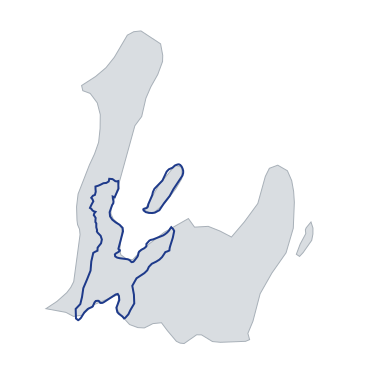 where Ouest sits in Haiti, rotated 99°
{"feature_id": "HTI-1388", "entity_name": "Ouest", "entity_type": "Department", "adm_level": 1, "iso_a3": "HTI", "parent_name": "Haiti", "parent_adm1": "", "projection": "robinson", "projection_center": [-72.52, 18.618], "detail": "fine", "context": "in_parent", "style": "outline", "palette": "blue", "viewbox_px": 384, "rotation_deg": 99, "n_neighbors": 0, "source": "natural_earth", "source_scale": "10m", "svg_char_len": 3850}
<svg xmlns="http://www.w3.org/2000/svg" viewBox="0 0 384 384"><g transform="rotate(99 192 192)"><path d="M328.8,112.0L331.1,115.7L336.0,140.4L336.5,148.4L331.6,160.3L332.3,165.1L342.9,176.1L343.1,180.1L341.9,184.1L332.8,194.6L325.9,201.7L328.1,210.0L333.7,217.8L334.4,224.3L332.7,232.9L324.1,243.6L319.6,247.5L306.7,248.0L305.3,249.5L311.7,260.0L319.0,271.8L330.8,281.0L333.4,289.6L330.6,297.8L330.1,318.0L321.1,308.2L311.1,300.0L305.2,296.8L299.0,294.8L251.6,295.9L246.3,297.3L242.2,299.9L237.8,301.2L224.7,303.7L211.8,304.2L181.5,297.6L169.6,294.2L157.5,292.0L143.7,292.7L129.9,294.7L118.8,299.5L110.6,307.9L109.0,315.7L104.1,317.7L93.0,305.3L82.7,296.4L71.1,289.8L47.2,280.4L42.8,274.6L40.9,267.6L50.6,246.2L61.6,242.3L67.7,241.5L81.3,244.2L94.5,249.1L106.6,252.2L125.3,253.5L135.5,258.8L207.5,266.9L221.1,269.5L226.4,268.6L231.1,265.4L234.9,259.6L239.4,255.3L260.7,254.3L265.2,252.4L268.3,246.3L268.2,240.0L255.7,231.6L236.1,213.1L218.8,191.4L226.3,184.0L223.4,170.6L226.2,158.2L230.3,146.0L213.3,135.6L193.1,125.2L165.1,122.0L156.5,119.3L152.1,111.5L156.1,101.1L165.2,95.3L175.6,91.7L186.2,89.3L211.9,86.3L237.4,89.6L259.5,100.4L281.8,108.8L310.1,111.6L322.9,114.7L328.8,112.0ZM219.5,227.4L217.6,236.1L190.3,225.8L168.3,212.8L169.2,205.8L180.5,204.2L191.3,208.5L207.3,217.1L219.5,227.4ZM234.5,72.8L238.8,75.7L237.2,79.2L226.5,77.0L215.3,73.1L211.7,74.1L209.5,73.6L203.0,69.8L208.7,66.9L214.6,66.0L221.0,66.2L234.5,72.8Z" fill="#d9dde1" stroke="#a8b0b8" stroke-width="1"/><path d="M327.5,239.3L327.3,239.5L325.8,241.3L323.6,245.4L322.2,247.0L318.1,248.6L310.1,246.9L306.1,247.9L304.3,249.4L305.2,251.4L314.9,262.2L315.6,263.4L315.9,265.2L315.3,265.9L314.5,266.4L314.1,267.7L314.7,270.0L316.3,271.0L320.5,272.1L321.4,273.0L323.0,275.6L323.9,276.7L327.9,279.6L333.7,282.0L335.2,283.1L336.2,284.1L336.4,284.4L335.1,286.8L325.7,288.6L320.2,284.8L313.0,284.2L304.0,284.3L294.8,282.0L285.5,279.9L276.4,280.6L267.6,280.0L266.1,278.2L264.8,276.2L261.7,276.5L259.7,275.4L256.9,273.8L253.0,273.6L249.5,275.4L246.9,278.9L245.8,279.8L244.5,279.8L241.9,281.0L239.4,281.4L238.0,281.6L236.8,282.7L234.7,283.0L232.7,283.1L231.4,284.2L230.2,285.4L228.4,285.2L226.7,284.2L226.4,285.9L225.8,287.4L224.5,288.6L223.7,290.3L220.2,289.3L216.6,288.0L214.7,289.2L213.5,290.6L211.2,289.3L210.0,287.4L208.5,287.3L206.8,287.1L204.0,287.8L201.7,288.2L200.4,285.5L198.9,283.2L197.2,280.9L196.4,278.0L194.6,275.9L191.9,275.8L191.7,272.5L193.3,269.4L193.3,268.0L192.7,266.6L200.2,265.1L209.4,267.6L208.9,269.6L210.9,269.1L213.8,268.0L215.6,268.0L217.2,268.8L224.8,270.2L228.9,269.1L231.8,266.4L233.9,262.7L235.7,258.4L238.3,254.9L241.7,254.0L259.5,255.8L260.1,255.5L260.4,254.9L260.6,254.3L261.0,254.1L261.6,254.2L261.9,254.5L262.1,254.9L262.5,255.0L264.7,257.7L265.7,258.4L267.6,257.8L268.5,255.7L268.7,252.9L268.5,245.4L268.7,244.0L269.4,242.4L270.3,241.4L270.7,240.5L270.1,239.0L269.1,238.3L264.3,235.7L262.9,235.4L260.3,235.3L259.1,234.9L256.9,232.9L255.0,230.3L252.9,228.6L250.4,228.9L246.7,226.5L245.8,225.3L244.9,223.0L239.4,213.7L237.9,212.0L235.8,210.1L233.5,208.6L231.7,207.9L230.0,207.0L231.5,204.9L233.3,203.5L240.1,203.8L248.2,205.0L250.7,205.3L253.3,205.2L254.5,207.0L255.5,208.9L258.2,210.1L261.0,211.4L263.9,213.6L266.4,216.5L269.2,220.5L272.7,222.9L276.3,223.9L279.5,226.3L285.9,233.3L294.0,236.3L302.5,233.3L311.1,231.6L314.7,233.0L318.3,234.4L322.8,235.7L326.8,238.3L327.5,239.3L327.5,239.3ZM171.1,215.1L169.1,213.5L168.5,213.0L167.8,211.9L167.1,210.6L166.7,209.3L167.1,207.9L168.4,206.3L170.3,205.0L172.5,204.0L174.7,203.7L177.3,204.0L192.1,210.8L199.4,213.4L207.5,217.9L215.1,221.4L218.2,225.5L219.0,228.2L219.4,231.4L219.1,234.5L217.8,236.9L216.7,237.4L215.9,236.6L215.0,234.4L214.1,233.6L213.2,233.3L210.8,233.2L201.3,230.8L198.1,230.6L194.7,229.6L185.3,223.0L175.8,220.2L173.2,218.4L171.1,215.1Z" fill="none" stroke="#1e3a8a" stroke-width="2"/></g></svg>